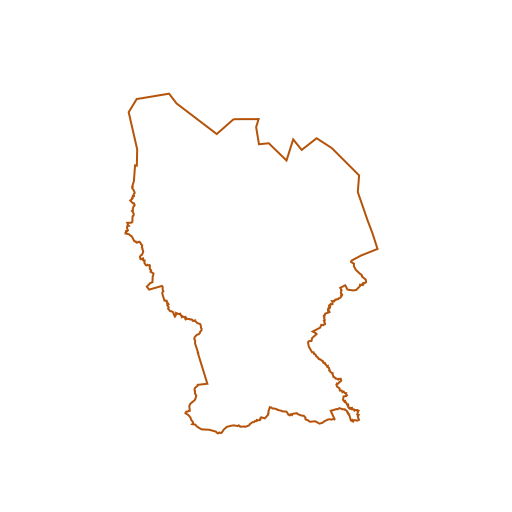 outline of Huejotitán, Chihuahua, Mexico, rotated 157°
{"feature_id": "50627088B75721726599609", "entity_name": "Huejotitán", "entity_type": "district", "adm_level": 2, "iso_a3": "MEX", "parent_name": "Mexico", "parent_adm1": "Chihuahua", "projection": "robinson", "projection_center": [-106.036, 27.072], "detail": "fine", "context": "isolated", "style": "outline", "palette": "amber", "viewbox_px": 512, "rotation_deg": 157, "n_neighbors": 0, "source": "geoboundaries", "source_scale": "gbopen_adm2", "svg_char_len": 6067}
<svg xmlns="http://www.w3.org/2000/svg" viewBox="0 0 512 512"><g transform="rotate(157 256 256)"><path d="M353.3,108.9L349.6,110.1L345.8,109.6L342.7,108.8L339.2,106.6L338.2,106.9L337.5,106.2L337.2,105.0L333.4,103.6L332.8,103.0L328.4,102.8L327.5,103.6L324.3,104.4L322.7,103.9L321.3,104.5L320.5,103.9L319.8,103.9L319.3,104.7L318.3,104.0L316.5,103.4L315.8,103.7L315.6,104.8L314.3,105.5L311.3,103.1L306.8,105.2L306.4,106.2L305.8,106.5L305.4,107.9L302.4,111.4L301.8,110.7L301.1,110.6L300.4,109.2L298.2,108.1L296.4,106.4L296.4,106.0L293.1,103.6L292.6,102.8L289.0,101.0L288.6,100.2L288.2,97.4L287.2,96.1L286.6,96.0L286.2,96.8L285.4,96.6L284.9,95.8L284.6,96.4L284.1,96.4L279.8,95.4L279.6,94.5L278.8,93.6L276.5,91.4L274.4,90.2L273.6,87.7L274.2,86.9L274.2,86.3L273.8,85.6L272.6,84.9L271.5,82.8L271.0,82.3L266.0,80.7L263.1,76.9L260.1,76.5L258.0,77.1L253.6,77.4L251.7,76.8L250.4,75.9L248.1,75.7L247.4,74.3L247.7,84.3L241.5,83.6L240.9,83.0L238.7,83.4L236.0,81.0L234.7,80.5L234.3,79.8L233.9,79.8L232.9,77.6L233.0,75.6L232.5,75.6L232.6,74.5L232.2,74.0L232.6,73.7L232.3,72.6L232.9,67.7L232.2,67.6L232.0,66.6L231.2,67.1L231.1,66.4L230.7,66.5L230.7,66.1L230.2,66.5L229.2,66.3L227.2,64.9L225.2,65.0L225.1,68.2L223.7,69.5L224.6,69.9L224.8,70.5L223.4,72.0L223.3,73.1L222.1,73.5L222.8,74.5L224.8,75.4L225.7,75.2L225.7,76.4L226.5,76.6L227.0,77.4L226.9,78.7L227.3,78.8L228.2,77.9L228.5,78.4L228.3,78.9L228.5,79.3L229.1,79.8L229.6,79.2L229.8,79.5L230.2,81.7L229.3,82.7L229.2,83.5L230.3,83.7L230.4,84.7L230.2,85.9L231.4,86.8L231.3,87.5L230.8,88.0L231.9,88.5L232.1,89.6L230.3,92.5L227.8,91.8L227.4,92.4L226.8,92.3L227.1,94.4L226.8,94.6L227.9,95.3L228.3,97.0L229.7,96.9L229.7,98.6L231.4,99.4L230.8,101.6L232.4,103.9L232.2,106.3L231.2,106.4L231.1,106.9L230.0,106.5L229.2,107.1L226.7,107.7L226.2,108.2L226.0,109.9L227.8,110.5L228.6,110.1L229.8,111.8L230.6,112.0L231.1,113.7L232.0,114.5L231.7,115.8L231.8,117.3L231.2,118.2L232.4,119.4L232.9,120.7L232.8,122.0L233.3,122.2L232.6,123.6L232.6,124.7L233.6,125.7L232.9,126.8L233.6,126.9L233.8,127.3L234.3,129.0L234.2,130.0L234.8,130.1L235.0,131.3L235.7,131.4L235.6,133.4L236.4,134.0L236.7,135.0L237.4,135.4L237.6,136.2L238.5,136.7L238.5,138.1L239.1,138.5L239.2,139.5L239.8,140.2L239.6,141.4L240.2,142.8L240.8,143.0L240.6,144.8L242.0,145.4L242.8,152.0L242.0,155.7L241.2,156.8L240.6,156.9L238.2,156.1L236.3,158.6L230.8,160.4L231.2,161.7L233.3,164.3L224.9,165.0L222.8,167.1L221.1,166.0L220.6,166.4L219.1,166.3L218.8,167.2L219.0,168.3L218.5,169.1L218.7,169.8L217.9,169.8L217.6,170.6L217.8,171.6L217.1,172.5L217.3,173.5L216.7,173.8L216.7,174.7L215.5,174.9L214.8,175.9L210.3,175.6L210.2,176.5L211.1,176.8L211.2,177.3L210.2,179.3L209.0,178.8L208.1,179.6L208.6,180.3L207.6,180.8L208.2,181.4L208.1,181.9L206.1,182.6L205.8,182.1L204.4,181.8L203.5,184.1L203.6,184.7L201.8,183.8L201.4,184.4L200.2,184.3L199.9,184.8L199.0,184.8L198.5,184.4L197.3,184.2L196.8,184.7L195.3,184.5L193.4,185.3L193.2,186.2L192.3,186.2L191.8,186.7L192.1,187.7L192.4,187.7L192.3,189.1L191.2,190.3L191.0,191.3L190.6,191.4L190.9,193.8L185.4,194.2L185.1,192.7L185.1,190.2L184.6,189.1L180.0,186.3L177.0,185.6L172.0,187.7L171.4,188.9L169.1,187.5L168.5,187.7L168.9,188.7L168.4,189.2L165.6,188.6L164.8,189.0L164.2,191.4L166.5,195.7L166.1,196.7L166.2,197.7L166.9,198.3L169.5,204.2L169.9,208.4L168.8,210.6L170.8,213.3L170.0,214.4L159.0,215.4L141.4,215.0L139.9,231.5L139.4,244.8L137.3,275.1L129.6,289.9L144.1,325.8L154.2,340.7L172.5,335.8L176.2,348.8L190.6,332.0L200.2,354.8L209.6,357.7L205.5,374.6L200.1,381.0L222.0,390.2L223.8,390.5L244.5,383.6L269.5,427.4L272.6,439.4L304.5,447.1L317.0,438.1L323.7,400.6L330.4,385.7L331.9,386.7L339.1,372.7L342.2,369.0L342.4,367.9L343.1,367.9L343.4,366.8L342.9,364.4L342.9,361.8L343.2,361.3L344.5,360.6L344.9,358.9L345.8,359.4L346.3,359.1L346.8,357.6L347.4,357.8L347.9,356.8L350.1,356.2L348.8,352.8L347.8,352.3L347.7,350.7L348.1,349.9L348.7,350.0L349.2,349.6L351.0,347.6L351.4,346.2L352.6,345.9L352.0,344.3L352.3,342.0L352.9,341.1L354.1,340.8L356.5,335.7L356.9,335.5L357.8,335.4L361.5,336.8L361.4,336.1L361.8,335.0L361.2,333.5L363.0,333.7L363.9,331.8L363.9,329.6L364.7,329.2L365.9,329.7L366.1,328.9L366.9,328.6L367.3,327.7L366.3,327.5L365.9,326.6L364.3,325.5L363.6,323.8L362.7,322.7L362.2,317.1L361.0,316.4L361.0,315.5L360.5,314.8L358.9,315.0L357.8,314.7L357.9,314.1L357.2,313.5L357.2,311.8L356.6,310.3L357.8,308.3L357.5,307.4L357.9,306.8L358.0,304.3L359.3,302.7L360.9,301.5L361.7,301.6L363.0,300.8L363.6,298.3L363.4,298.0L360.9,297.9L361.6,296.3L361.3,295.7L360.3,295.4L361.4,293.2L361.0,290.5L360.1,290.0L359.3,290.3L358.8,289.5L357.5,289.2L357.4,288.6L358.9,285.5L358.1,283.9L358.2,283.5L359.2,282.7L357.2,280.0L358.0,278.6L359.0,277.7L361.6,272.3L363.9,272.4L368.5,270.4L367.5,266.8L354.3,265.2L354.0,263.9L355.0,261.8L355.1,259.7L356.4,259.1L357.0,257.8L357.7,250.7L356.1,250.1L355.7,249.4L356.2,249.1L356.0,247.9L356.2,247.6L355.5,246.9L355.4,245.9L356.4,246.0L357.0,245.2L356.7,244.8L356.4,242.9L357.5,242.0L356.7,239.0L356.2,238.4L355.2,238.0L354.3,236.7L354.2,235.4L354.5,234.9L354.3,231.9L353.2,232.5L353.1,233.7L351.8,233.6L351.7,234.7L349.6,232.6L348.4,232.6L348.2,231.3L348.4,230.6L347.6,229.7L348.1,228.7L346.8,228.7L345.7,227.5L344.8,227.6L344.7,227.2L344.6,226.5L345.7,225.8L345.5,225.1L344.1,225.5L343.3,224.6L341.9,224.0L341.4,223.2L340.0,222.8L339.5,221.9L339.6,221.1L339.2,220.7L337.9,220.6L338.1,220.4L337.2,219.6L336.3,217.2L334.0,215.2L333.9,214.1L334.7,211.4L334.5,210.6L334.8,209.5L335.4,208.8L337.0,208.1L337.7,207.1L339.0,206.5L341.5,206.5L343.3,205.7L344.7,204.7L345.3,203.6L345.0,202.2L346.3,199.1L347.1,189.5L347.4,189.6L350.7,157.4L360.0,160.2L360.4,159.4L362.9,158.7L364.2,158.0L364.9,156.9L364.8,156.0L365.2,155.5L365.2,154.7L365.9,153.1L365.5,150.8L367.9,147.9L369.0,147.2L374.3,145.6L376.1,143.8L377.4,139.4L378.2,139.7L379.5,139.5L380.9,140.0L382.1,139.3L382.4,138.7L380.5,136.3L379.5,133.2L379.6,130.0L379.0,128.2L379.2,126.7L380.4,126.1L377.8,124.5L376.9,121.9L374.0,117.8L367.1,114.4L361.6,110.1L360.7,107.9L359.9,107.5L358.7,107.9L358.1,107.2L356.9,106.6L353.3,108.9Z" fill="none" stroke="#b45309" stroke-width="2"/></g></svg>